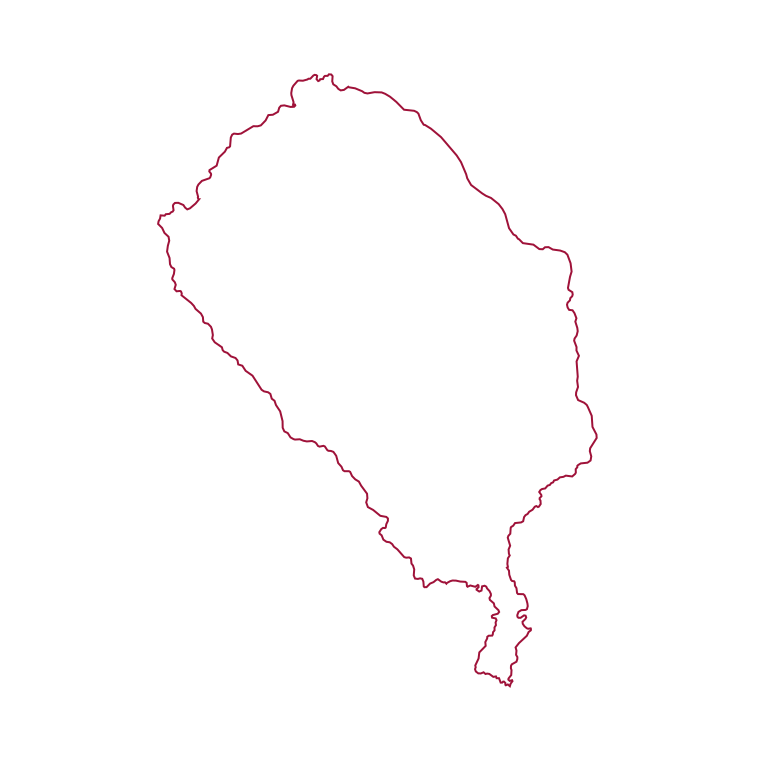 Muidumbe, Cabo Delgado, Mozambique (Albers equal-area conic projection), rotated 83°
{"feature_id": "85939544B92892346973749", "entity_name": "Muidumbe", "entity_type": "district", "adm_level": 2, "iso_a3": "MOZ", "parent_name": "Mozambique", "parent_adm1": "Cabo Delgado", "projection": "albers", "projection_center": [39.887, -11.854], "detail": "fine", "context": "isolated", "style": "outline", "palette": "rose", "viewbox_px": 768, "rotation_deg": 83, "n_neighbors": 0, "source": "geoboundaries", "source_scale": "gbopen_adm2", "svg_char_len": 6113}
<svg xmlns="http://www.w3.org/2000/svg" viewBox="0 0 768 768"><g transform="rotate(83 384 384)"><path d="M699.3,295.9L696.8,294.8L694.6,292.7L693.6,293.0L694.0,295.4L692.6,296.6L691.5,296.3L688.4,293.2L683.5,292.3L681.6,292.7L679.2,292.3L677.8,291.3L675.8,286.4L673.3,285.2L671.3,284.9L668.9,285.9L664.8,285.0L661.5,285.5L657.6,281.6L651.3,272.9L647.8,270.7L646.4,268.3L645.1,268.0L644.4,268.2L644.5,270.8L643.9,272.0L641.5,274.2L638.9,275.5L636.9,275.5L634.5,272.3L633.0,271.3L631.2,271.7L630.7,273.2L632.7,276.9L632.4,279.1L631.3,279.9L629.7,279.9L626.6,278.3L625.2,275.2L625.5,271.0L624.9,269.6L622.0,268.4L619.3,268.4L614.9,269.0L610.9,270.2L609.6,271.3L608.8,276.6L607.6,277.4L602.8,277.4L600.1,278.6L596.7,278.4L595.7,278.8L595.1,280.9L593.9,281.8L588.6,282.9L584.5,282.7L581.3,284.4L580.7,283.3L577.7,283.5L572.1,282.3L569.5,280.1L567.7,280.7L563.4,280.5L559.9,278.5L551.6,279.9L549.8,279.0L548.0,276.9L542.3,275.8L541.4,275.2L540.4,273.0L538.0,270.9L538.1,264.8L537.2,262.6L533.2,261.2L531.4,259.5L530.5,257.3L528.5,255.5L526.9,251.9L524.2,249.3L523.7,247.7L524.9,246.2L524.6,245.2L522.2,243.1L518.8,242.9L517.3,243.6L516.2,243.4L514.6,241.4L513.3,241.4L510.1,243.1L508.3,241.6L507.5,239.9L507.3,236.7L504.8,234.0L504.4,231.7L502.8,230.2L502.2,228.1L500.5,227.0L500.0,223.5L498.1,220.8L498.0,217.2L497.1,214.7L498.7,208.5L496.5,205.2L495.3,204.4L491.9,204.1L490.2,202.3L488.8,202.1L488.1,201.2L486.8,198.4L486.9,191.6L485.1,188.3L481.1,187.1L475.7,187.9L472.9,187.2L463.5,179.5L460.0,179.3L452.0,182.3L440.9,181.7L431.6,184.5L429.5,185.3L427.0,187.6L423.6,193.3L418.5,194.8L415.7,194.3L410.6,191.8L404.3,191.9L400.4,190.8L385.0,190.1L379.8,187.1L374.2,188.9L370.8,188.4L364.2,190.0L362.1,189.3L359.4,186.9L355.2,185.3L351.9,185.3L345.4,186.5L342.2,185.0L336.9,186.3L333.8,187.9L333.0,191.2L330.5,192.4L327.6,192.7L325.6,191.8L323.7,189.3L321.5,188.6L319.8,186.5L318.2,185.8L315.8,185.9L313.0,189.3L311.1,189.7L300.3,186.3L295.3,184.1L286.9,184.1L278.0,186.2L275.2,188.5L273.0,192.9L271.1,200.1L268.2,204.0L267.9,207.5L269.6,210.0L269.0,213.4L263.9,218.7L261.1,229.0L256.8,232.3L256.1,233.4L252.9,235.0L251.4,237.3L244.6,240.9L230.2,243.0L224.8,245.1L219.4,248.3L212.4,255.1L209.6,259.9L206.8,263.3L197.1,273.3L190.0,276.3L185.8,276.9L173.2,280.5L166.0,284.0L145.9,297.3L136.3,306.3L132.0,311.6L131.5,313.0L126.7,315.3L119.8,316.9L118.1,318.3L116.5,320.8L114.2,330.7L105.5,337.4L99.6,343.0L96.1,347.5L94.3,350.8L93.2,357.8L93.6,365.0L92.6,368.0L90.8,369.9L87.0,376.6L85.2,382.7L84.6,383.2L87.2,387.9L87.3,391.2L85.5,393.4L82.7,395.0L80.4,397.8L77.3,398.5L72.2,397.5L70.4,398.6L69.9,400.9L71.3,402.4L71.0,405.1L71.7,406.1L73.9,407.4L73.7,410.2L74.9,411.0L75.3,412.4L73.2,413.8L70.0,412.8L69.2,413.5L68.7,415.1L69.2,416.5L72.0,419.9L71.8,421.8L72.4,422.8L73.1,427.5L72.4,431.5L72.6,432.8L76.9,437.6L79.2,439.2L83.9,440.6L86.0,440.7L93.3,439.4L95.9,440.3L96.2,439.7L95.6,438.8L95.8,438.3L96.8,438.1L97.9,439.5L97.6,443.0L95.3,449.0L95.3,452.4L97.0,454.3L100.9,456.0L103.2,461.5L103.0,466.0L108.0,469.4L112.3,474.7L112.8,478.0L112.2,482.3L118.0,495.3L118.1,498.5L117.2,502.4L118.0,504.3L120.7,506.0L129.3,507.8L130.2,508.8L130.5,511.1L134.0,513.6L139.1,520.3L146.9,523.5L150.4,531.1L151.8,531.5L154.1,530.1L155.3,530.1L157.7,531.3L158.5,532.2L160.2,540.0L163.4,543.9L165.6,545.4L169.7,546.5L175.5,545.7L176.4,546.1L178.0,545.6L178.1,545.0L181.9,549.0L186.0,555.2L186.7,558.0L184.7,559.9L181.9,561.3L179.1,566.1L178.8,569.4L180.2,571.2L181.5,571.8L185.9,571.7L187.1,572.7L187.6,574.4L189.0,576.1L188.9,579.9L190.2,581.2L189.4,585.2L192.5,586.1L195.0,587.9L197.6,588.7L202.1,585.2L207.3,583.5L211.6,579.9L215.6,579.7L220.5,581.7L226.2,583.2L232.8,581.5L239.0,581.8L242.0,580.8L244.0,578.3L245.3,578.1L249.1,579.1L253.2,581.3L254.5,581.3L257.5,579.2L260.2,578.6L264.2,580.4L266.7,578.6L266.8,575.1L267.4,574.2L269.4,573.7L271.2,574.2L280.1,565.5L283.3,563.2L286.5,561.9L291.8,557.1L295.6,555.6L300.1,555.8L301.6,554.5L302.7,551.4L306.1,548.8L308.9,548.1L314.6,547.9L317.9,549.0L322.0,546.9L327.8,540.4L330.7,540.0L332.4,538.8L334.1,535.6L337.9,532.6L340.1,528.2L342.8,526.5L346.8,526.3L348.6,522.4L354.1,519.7L359.7,513.5L374.8,506.2L376.7,504.0L378.1,500.0L380.0,498.0L384.9,497.2L387.3,494.7L391.7,493.8L398.5,490.4L408.5,489.2L415.1,489.9L418.9,488.7L421.0,485.5L425.6,483.3L427.7,480.5L428.3,479.1L428.6,474.3L430.5,470.9L431.6,467.6L431.8,462.4L433.3,459.7L434.7,458.4L437.4,457.1L438.3,455.6L438.0,451.6L438.8,450.3L442.6,448.4L443.5,447.4L444.0,444.8L445.2,442.5L449.4,440.2L456.9,439.1L460.9,436.3L464.6,435.2L465.7,433.9L466.3,429.4L467.1,428.3L471.5,426.9L475.1,424.2L477.8,420.8L482.1,419.1L490.8,414.2L495.4,414.4L499.3,416.1L504.2,415.0L507.7,410.1L514.4,403.7L516.2,397.9L517.9,396.5L520.3,396.8L523.4,398.8L526.7,399.8L527.1,400.6L526.7,402.5L527.7,404.4L530.5,406.7L532.0,406.6L533.9,404.8L538.4,403.6L540.9,400.8L541.8,397.6L543.9,395.4L546.7,394.0L549.7,390.9L558.3,385.0L559.1,383.1L559.2,380.2L560.5,378.5L565.6,378.6L567.8,377.3L571.7,376.6L577.6,377.8L580.9,376.9L581.6,374.1L581.3,371.9L582.0,369.8L584.9,369.0L589.8,369.2L590.6,368.6L590.8,366.5L587.7,362.6L586.7,359.0L584.8,356.0L584.3,354.3L587.2,351.2L588.2,349.1L588.2,347.7L589.8,346.4L589.2,345.9L587.8,342.4L587.4,340.0L587.9,336.6L589.4,332.3L590.3,327.3L591.5,326.2L594.7,326.3L595.4,325.8L594.5,322.9L596.4,318.1L594.9,315.3L595.4,314.8L597.2,314.9L598.8,317.1L599.5,317.2L601.6,314.8L600.9,312.4L596.8,311.3L596.5,308.7L597.6,307.2L599.5,306.6L602.4,304.5L605.4,303.5L607.1,303.7L609.3,305.4L611.2,305.2L615.1,301.7L618.3,301.4L622.4,298.0L624.3,297.5L625.9,299.1L626.6,304.1L627.5,305.3L629.1,305.2L630.3,301.7L632.1,301.1L634.3,302.3L637.0,302.3L639.1,304.0L642.0,304.3L643.6,306.0L646.0,306.6L646.9,307.3L646.6,310.8L647.5,312.3L649.1,312.6L652.5,314.9L656.3,315.0L662.0,322.1L668.0,323.6L674.5,327.7L676.3,327.5L678.1,328.4L680.5,327.9L682.7,325.7L683.1,323.2L682.3,320.3L684.2,318.6L684.0,316.9L684.6,314.8L688.0,311.2L687.9,308.5L689.7,308.1L690.0,305.7L694.6,304.6L694.8,303.1L693.9,302.0L694.0,301.2L695.5,300.0L697.4,300.2L697.9,299.8L697.3,297.7L699.3,295.9Z" fill="none" stroke="#9f1239" stroke-width="2"/></g></svg>